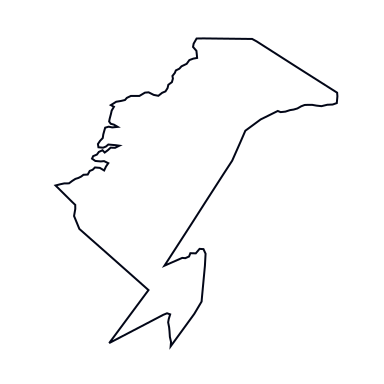 outline of Matinha, Maranhão, Brazil, rotated 95°
{"feature_id": "56859067B91136777616076", "entity_name": "Matinha", "entity_type": "district", "adm_level": 2, "iso_a3": "BRA", "parent_name": "Brazil", "parent_adm1": "Maranhão", "projection": "natural_earth1", "projection_center": [-45.01, -3.058], "detail": "fine", "context": "isolated", "style": "outline", "palette": "ink", "viewbox_px": 384, "rotation_deg": 95, "n_neighbors": 0, "source": "geoboundaries", "source_scale": "gbopen_adm2", "svg_char_len": 1887}
<svg xmlns="http://www.w3.org/2000/svg" viewBox="0 0 384 384"><g transform="rotate(95 192 192)"><path d="M252.3,173.1L247.9,175.6L248.0,179.5L252.8,182.9L253.1,188.3L256.5,189.3L258.5,192.9L258.5,196.0L267.8,213.0L224.7,190.2L200.6,177.6L170.8,161.9L157.3,154.7L138.0,148.1L126.3,144.2L118.9,135.8L113.7,129.9L103.8,113.6L104.7,110.7L103.8,106.0L101.9,101.5L101.0,97.9L99.6,94.3L97.1,90.7L95.5,87.4L95.1,84.3L94.7,80.0L95.1,75.4L95.2,70.5L93.3,64.8L92.6,59.5L90.8,55.5L83.9,55.5L80.4,56.1L58.0,99.3L36.3,140.8L34.3,145.4L38.0,194.0L38.7,200.8L44.1,203.3L47.4,203.6L51.0,199.9L55.1,199.1L58.0,198.6L59.0,202.3L60.8,206.1L64.8,208.5L67.7,213.4L70.3,215.4L72.3,218.7L74.9,219.5L78.1,221.6L80.7,220.9L84.3,221.6L87.2,224.9L90.6,225.4L94.1,227.2L95.8,230.4L99.1,233.9L98.6,238.6L96.5,243.9L97.1,247.5L100.9,252.8L101.3,257.8L101.6,261.2L103.9,265.1L106.2,266.8L107.5,270.7L108.7,275.4L110.7,278.0L112.5,280.4L113.9,277.2L117.9,279.1L121.6,279.6L126.2,280.4L129.0,280.7L131.1,278.9L131.7,275.7L133.6,271.7L134.6,277.1L134.2,280.7L135.5,284.1L139.1,284.8L142.4,285.4L146.0,285.6L149.0,288.0L152.4,289.9L155.6,289.1L155.6,284.4L154.2,281.7L152.0,279.5L152.0,275.9L152.0,272.5L152.2,268.4L154.7,272.5L154.9,276.9L157.8,279.6L160.3,282.4L158.2,284.8L160.2,288.3L163.0,290.0L164.9,293.6L167.5,294.5L169.5,291.0L169.5,285.6L168.9,282.3L170.6,277.9L174.1,279.9L178.2,281.4L176.0,285.9L176.0,290.8L178.5,292.9L179.9,295.7L183.7,297.4L184.3,301.6L186.3,303.8L187.9,306.4L189.1,309.3L191.4,312.3L194.1,315.3L194.6,320.1L195.8,324.0L197.4,328.5L212.3,310.6L215.0,307.2L219.0,306.8L226.2,307.4L238.6,301.0L247.1,289.5L260.2,271.7L293.5,226.8L349.7,261.3L322.1,218.1L316.9,210.0L315.0,206.3L315.8,203.1L320.6,204.1L323.9,204.4L328.8,203.0L332.5,202.3L338.3,201.4L343.3,199.8L347.6,199.8L313.2,179.1L300.3,172.9L295.8,172.9L264.4,172.7L252.3,173.1Z" fill="none" stroke="#020617" stroke-width="2"/></g></svg>